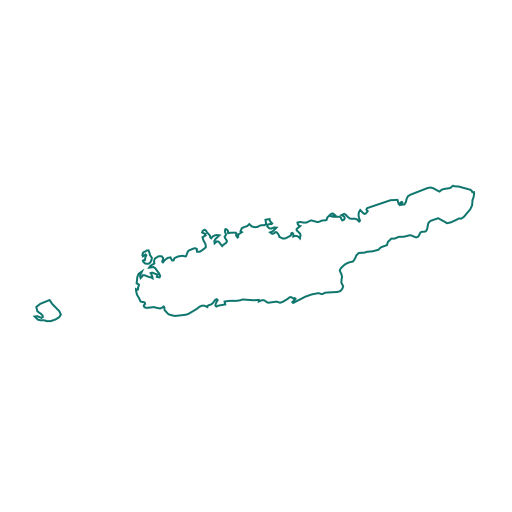 SVG path tracing the border of Sud, rotated 135°
{"feature_id": "NCL-1259", "entity_name": "Sud", "entity_type": "Province", "adm_level": 1, "iso_a3": "NCL", "parent_name": "New Caledonia", "parent_adm1": "", "projection": "orthographic", "projection_center": [166.304, -21.993], "detail": "fine", "context": "isolated", "style": "outline", "palette": "teal", "viewbox_px": 512, "rotation_deg": 135, "n_neighbors": 0, "source": "natural_earth", "source_scale": "10m", "svg_char_len": 5597}
<svg xmlns="http://www.w3.org/2000/svg" viewBox="0 0 512 512"><g transform="rotate(135 256 256)"><path d="M215.8,172.9L218.4,171.7L221.4,171.6L224.1,173.2L232.6,180.8L233.6,181.4L235.7,182.0L236.5,182.6L238.1,185.6L243.9,189.5L250.0,192.4L262.9,196.5L262.9,197.7L258.4,197.7L258.4,198.9L259.6,199.6L259.9,200.7L260.1,201.7L260.7,202.6L261.8,203.1L264.0,203.3L269.6,204.7L272.0,205.9L273.8,209.3L280.2,214.1L280.9,215.3L281.4,218.5L282.4,220.0L283.4,220.7L286.3,221.9L285.1,223.0L288.9,226.3L296.1,234.6L299.2,236.3L302.1,238.6L306.5,243.1L310.4,246.0L312.0,243.5L317.7,247.5L319.8,248.3L319.8,249.6L318.6,250.5L317.2,251.1L315.8,251.6L314.3,251.9L314.3,253.2L315.6,253.8L320.4,253.2L322.5,253.7L324.2,254.6L325.5,255.0L326.5,254.3L327.7,257.5L329.5,259.2L332.1,260.1L335.5,260.5L345.0,262.9L347.3,264.2L355.6,270.8L357.1,273.0L358.9,276.3L359.1,277.8L358.9,282.3L358.2,283.3L357.1,284.5L357.0,285.6L359.4,286.0L360.9,286.7L362.2,288.5L364.4,292.1L370.1,296.7L371.1,298.6L370.6,300.2L369.6,300.5L368.4,300.5L367.6,301.7L368.0,302.8L369.0,304.0L369.8,305.5L369.3,307.1L368.7,308.2L367.6,312.5L366.3,314.8L365.5,316.1L364.3,317.4L364.0,316.5L363.5,315.8L362.5,316.2L361.7,317.1L359.8,317.9L359.0,318.5L359.2,319.4L359.8,321.0L354.7,325.1L351.6,326.4L347.6,325.7L350.9,324.5L352.3,323.6L353.2,322.0L350.7,322.1L349.6,322.4L348.3,321.0L347.4,318.7L346.1,316.1L345.4,315.4L344.9,313.4L343.9,314.7L342.9,317.1L342.6,318.4L341.2,317.7L340.4,316.0L339.6,314.0L338.7,312.4L339.4,312.2L340.9,311.3L339.4,309.1L337.9,309.6L336.9,312.0L336.2,317.1L335.9,317.9L335.9,318.9L336.4,320.9L336.9,321.1L339.8,323.3L338.0,323.7L335.8,323.3L333.9,322.7L333.1,322.6L332.6,323.5L331.6,324.5L330.3,325.3L329.2,325.7L325.1,324.7L322.9,322.5L323.1,320.1L326.3,318.3L326.3,317.3L323.4,317.6L319.8,317.1L317.5,315.5L318.5,312.3L317.5,311.2L315.0,312.1L311.3,310.7L307.8,308.1L306.3,305.7L305.6,305.3L301.9,307.0L300.2,307.5L298.9,307.1L294.8,305.4L293.4,304.4L292.9,302.7L294.0,301.7L294.7,300.7L292.9,298.9L291.4,298.4L286.7,297.7L285.0,297.8L283.2,300.4L282.1,304.3L280.5,307.1L277.2,306.2L277.2,306.9L277.1,307.2L276.8,307.4L276.2,307.4L277.5,310.7L275.8,311.5L273.7,310.8L273.4,309.2L273.9,307.7L274.1,303.2L275.2,301.4L275.2,300.2L272.8,300.4L270.7,299.8L268.8,298.5L267.3,296.5L272.6,296.7L274.9,296.0L276.3,294.2L273.3,294.0L272.3,292.5L272.9,286.9L271.3,287.0L267.8,286.4L266.2,286.9L265.7,287.9L265.0,291.1L264.6,291.8L262.5,292.1L261.7,293.0L261.2,294.3L260.1,295.9L258.6,296.6L257.9,295.5L258.1,293.6L259.6,291.8L257.9,290.8L253.9,286.9L253.9,285.8L254.9,285.2L255.5,284.6L255.8,283.6L256.0,282.1L255.0,282.1L253.4,283.8L249.1,282.8L249.4,284.5L246.3,285.7L243.6,284.7L241.0,283.3L238.2,283.3L238.1,279.9L236.6,277.3L234.4,275.5L232.1,274.9L230.1,273.7L228.2,271.8L226.2,271.4L223.7,274.9L222.0,273.8L220.3,272.5L221.0,271.6L221.4,270.6L221.5,269.4L221.5,267.6L222.5,267.6L223.9,269.1L225.7,269.9L227.0,269.2L227.1,266.5L226.1,264.8L222.9,263.3L221.5,261.6L225.9,261.6L227.8,262.0L229.3,262.7L229.1,260.9L228.4,259.8L227.2,259.3L225.4,259.2L224.6,258.1L224.8,255.8L225.5,253.7L226.0,253.1L224.6,249.2L222.6,247.6L216.9,245.8L214.9,247.1L213.9,246.6L214.1,245.1L215.9,243.4L214.2,242.6L213.0,241.3L212.4,239.6L212.5,237.4L209.9,239.1L209.0,240.7L209.1,245.2L208.4,246.3L206.6,246.3L204.8,245.9L203.6,245.9L204.2,246.7L204.0,248.8L203.0,250.3L200.8,248.9L198.4,245.6L196.9,244.1L191.8,242.2L188.5,236.4L186.1,235.1L185.0,234.8L183.8,234.0L181.7,232.2L180.7,231.6L179.8,232.0L179.0,232.6L177.9,232.8L173.1,232.7L171.6,231.8L171.2,229.1L174.6,230.7L173.5,228.9L168.9,224.4L168.9,223.1L169.6,221.4L169.8,220.1L168.3,219.5L166.6,219.9L165.9,221.0L166.0,222.6L166.6,224.4L163.9,223.5L163.3,221.5L163.5,218.9L163.1,216.0L161.7,214.3L160.0,212.8L158.8,210.8L158.7,207.4L157.5,207.4L156.2,210.2L154.5,212.5L152.4,214.1L149.8,214.8L149.9,211.2L149.7,209.2L148.4,208.4L145.3,208.7L145.2,209.1L145.3,209.9L145.1,210.8L144.1,211.2L143.2,211.1L121.4,200.3L116.3,195.7L118.3,192.0L118.3,190.7L115.9,191.6L114.6,191.1L114.8,190.2L117.1,189.5L114.5,187.5L111.8,188.2L109.1,189.9L106.4,190.8L103.6,190.2L86.3,182.6L84.0,180.8L82.7,178.4L81.1,172.9L80.7,171.8L77.6,171.5L75.6,170.4L71.0,167.0L69.7,166.6L68.2,166.6L67.0,166.3L66.5,165.1L64.3,162.6L63.8,162.2L57.6,151.3L57.3,149.7L57.8,148.8L57.9,148.0L56.7,147.0L57.5,146.0L60.6,143.7L63.3,142.5L67.4,139.0L71.6,137.5L81.3,136.7L84.3,137.2L86.0,139.0L91.3,140.8L94.7,142.1L97.9,144.3L98.2,146.1L100.5,153.9L107.7,157.4L109.0,157.5L110.8,157.4L111.9,156.8L115.7,154.2L117.7,153.4L118.9,153.6L120.1,154.4L121.1,155.4L122.3,156.2L123.6,156.2L126.8,155.1L128.2,155.2L129.3,155.7L129.9,156.4L131.4,160.1L131.9,161.1L132.8,162.1L136.9,164.5L138.1,165.3L141.5,168.6L145.5,170.2L148.1,172.6L152.8,172.7L155.7,171.1L161.5,173.8L165.2,173.9L170.4,177.0L172.8,179.0L174.5,180.5L177.0,181.7L179.5,184.0L181.2,185.5L184.7,185.5L186.9,184.5L189.7,183.7L191.5,183.6L193.7,185.1L196.2,186.3L199.2,187.2L204.6,187.4L207.1,186.5L208.4,182.9L209.9,180.4L212.0,179.0L214.5,176.8L215.8,172.9ZM449.8,357.6L451.5,360.7L453.6,362.6L455.2,365.1L455.3,369.7L453.3,368.2L451.4,363.9L449.8,363.6L449.0,364.9L449.0,367.2L449.7,371.5L447.4,375.3L442.3,374.7L433.1,370.8L434.0,366.4L434.1,356.1L435.4,352.6L438.4,351.9L442.7,352.9L447.0,355.0L449.8,357.6ZM333.1,326.9L335.2,326.2L336.9,326.3L338.4,327.3L339.8,329.3L339.8,331.4L339.4,332.6L338.6,332.7L337.5,331.6L336.2,332.6L335.3,333.2L333.0,334.1L333.0,335.2L336.2,335.7L335.8,336.9L334.1,338.0L333.0,338.2L331.8,337.7L329.5,337.2L328.0,336.0L329.1,333.5L330.4,331.4L330.6,329.7L331.0,328.2L333.1,326.9Z" fill="none" stroke="#0f766e" stroke-width="2"/></g></svg>